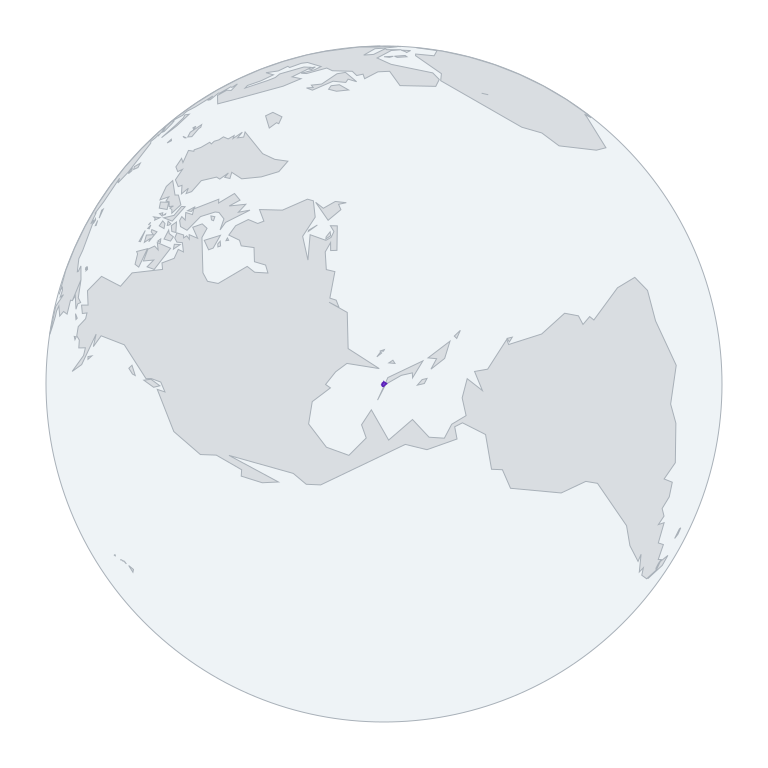 globe centered on Mayabeque, rotated 311°
{"feature_id": "CUB-5489", "entity_name": "Mayabeque", "entity_type": "Province", "adm_level": 1, "iso_a3": "CUB", "parent_name": "Cuba", "parent_adm1": "", "projection": "orthographic", "projection_center": [-81.981, 22.888], "detail": "fine", "context": "on_globe", "style": "filled", "palette": "violet", "viewbox_px": 768, "rotation_deg": 311, "n_neighbors": 0, "source": "natural_earth", "source_scale": "10m", "svg_char_len": 9995}
<svg xmlns="http://www.w3.org/2000/svg" viewBox="0 0 768 768"><g transform="rotate(311 384 384)"><circle cx="384" cy="384" r="338" fill="#eef3f6" stroke="#a8b0b8"/><path d="M406.2,468.7L398.1,465.4L390.4,475.2L362.6,459.5L352.4,439.7L266.3,402.4L257.3,391.1L257.0,374.2L228.4,313.8L240.8,368.6L229.6,356.9L220.8,336.7L225.9,332.8L220.3,304.1L210.3,291.7L210.2,256.6L231.2,216.4L234.3,223.9L239.0,214.3L235.4,204.7L231.9,200.9L243.2,162.3L234.8,138.9L221.5,140.1L232.8,134.0L200.3,143.1L188.9,140.4L208.4,138.6L215.4,134.9L211.0,130.0L217.3,125.2L218.8,120.5L226.7,115.6L237.5,116.0L242.8,113.2L239.3,110.1L245.1,104.0L249.4,108.9L259.9,99.0L279.9,100.2L284.9,121.0L302.6,121.0L325.2,141.7L329.7,137.0L341.2,143.2L350.6,140.4L352.1,146.0L358.4,139.1L355.2,134.6L356.9,130.3L362.2,128.6L365.0,135.0L362.8,136.9L366.4,137.9L365.5,142.1L368.9,139.0L371.7,147.7L376.8,136.8L385.6,141.8L385.4,148.3L375.1,150.5L349.1,174.4L345.7,183.4L351.1,192.9L383.0,203.6L383.5,213.1L391.6,223.6L396.1,216.6L391.3,206.0L401.7,196.4L394.6,185.6L397.7,180.6L394.6,169.2L406.1,168.2L419.1,173.7L422.3,183.4L428.1,186.5L434.0,175.6L448.6,193.3L473.3,205.0L475.9,210.5L464.8,222.6L442.1,225.7L427.6,245.3L448.2,230.3L454.3,245.9L460.0,247.9L466.2,246.2L468.3,239.7L472.7,245.0L454.0,260.8L449.7,256.2L455.7,250.9L445.1,253.0L432.5,265.4L436.6,273.2L413.3,286.8L415.9,292.9L412.3,299.8L409.7,288.9L413.9,309.3L387.2,333.7L392.5,370.3L375.2,342.5L361.5,339.5L345.3,340.2L345.9,346.1L323.6,341.4L304.4,353.3L298.5,382.0L307.1,404.3L331.6,406.0L338.5,393.8L356.2,391.4L344.7,424.3L375.9,428.8L373.4,452.9L382.7,465.1L398.0,461.5L414.0,466.7L424.8,452.1L442.6,443.3L443.6,462.6L452.9,444.1L463.2,452.5L498.1,447.4L495.6,452.2L525.2,470.2L555.9,473.9L563.0,486.0L559.5,495.1L569.8,495.0L570.0,500.4L609.8,497.1L629.0,503.3L627.5,521.5L609.8,547.5L589.8,592.3L556.9,613.5L545.9,630.0L515.7,655.5L496.1,657.7L499.0,666.0L486.0,673.3L472.5,675.6L468.0,682.0L457.9,683.3L463.1,686.4L444.0,695.3L446.1,700.2L431.5,706.1L433.3,708.4L428.8,708.8L423.4,710.1L422.0,711.5L409.3,710.0L408.8,704.0L415.5,700.3L409.6,700.0L424.2,689.7L416.8,692.1L423.3,675.7L436.2,660.0L449.1,610.3L442.9,600.2L418.0,589.2L388.3,547.9L397.0,529.6L390.2,521.1L412.5,493.8L406.2,468.7ZM77.2,318.0L79.5,310.4L79.7,316.6L77.2,318.0ZM79.8,304.9L79.2,307.6L79.5,305.1L79.8,304.9ZM79.3,302.5L79.7,304.2L79.0,303.0L79.3,302.5ZM78.3,300.2L79.0,301.1L78.8,301.3L78.3,300.2ZM391.4,382.7L427.0,398.2L407.4,401.5L411.0,398.1L401.9,391.4L385.0,385.5L367.6,389.7L391.4,382.7ZM77.9,294.4L77.9,292.7L78.7,292.9L77.9,294.4ZM405.9,361.9L399.8,360.8L405.7,360.4L405.9,361.9ZM229.3,200.2L234.7,205.1L235.6,216.0L230.4,212.3L229.3,200.2ZM228.5,181.1L232.8,181.5L227.2,190.7L226.5,187.6L228.5,181.1ZM210.5,142.6L213.6,145.1L208.4,144.4L210.5,142.6ZM217.6,120.8L214.7,121.7L216.7,119.0L217.6,120.8ZM388.5,170.7L391.5,170.0L390.5,172.5L388.5,170.7ZM384.3,166.7L381.0,170.1L378.5,168.7L380.6,166.7L384.3,166.7ZM230.6,109.2L234.7,105.0L232.4,109.3L230.6,109.2ZM388.9,163.0L374.5,165.9L370.2,163.6L374.5,154.1L388.9,163.0ZM238.3,102.5L248.1,93.1L242.5,94.1L263.9,86.9L248.5,96.7L246.5,101.6L243.5,100.3L238.3,102.5ZM351.9,134.1L355.5,138.7L347.6,136.6L351.9,134.1ZM346.4,133.9L319.7,135.4L317.0,128.3L326.5,128.9L319.0,121.7L330.9,117.4L337.6,120.4L337.0,125.6L342.0,120.1L346.4,133.9ZM274.1,84.8L278.1,83.0L276.0,85.1L274.1,84.8ZM356.9,128.5L351.8,129.1L349.1,122.9L358.9,120.5L356.6,123.2L356.9,128.5ZM311.3,122.2L311.0,117.6L320.5,112.7L321.7,110.4L330.9,116.7L311.3,122.2ZM359.9,123.8L364.0,119.6L370.1,121.1L361.8,127.5L359.9,123.8ZM344.2,122.4L343.4,119.5L347.1,120.3L344.2,122.4ZM394.0,125.2L387.8,125.4L385.9,122.1L394.0,125.2ZM365.1,118.0L362.9,117.5L361.5,116.4L365.3,114.2L365.1,118.0ZM337.0,113.1L341.0,112.3L333.7,110.2L340.5,107.0L345.4,112.0L346.1,108.5L348.2,107.5L349.9,112.8L337.0,113.1ZM364.9,108.7L373.5,114.9L385.2,114.7L387.3,117.6L368.0,117.3L364.9,108.7ZM355.9,110.6L361.9,110.0L361.4,113.4L357.0,116.0L355.9,110.6ZM343.3,103.1L331.6,106.8L330.9,105.6L343.3,103.1ZM368.4,107.9L366.2,106.5L369.3,107.5L368.4,107.9ZM351.1,103.7L347.1,105.0L346.4,103.6L351.1,103.7ZM365.3,102.8L368.1,104.7L365.2,106.3L365.3,102.8ZM358.9,102.6L359.0,100.5L362.5,105.8L357.2,103.4L358.9,102.6ZM351.2,102.2L349.5,101.8L353.0,101.8L351.2,102.2ZM374.7,95.9L379.8,102.3L373.4,105.8L369.3,99.0L374.7,95.9ZM429.6,713.0L410.0,710.8L421.4,711.8L431.3,709.0L440.9,710.7L429.6,713.0ZM458.1,704.7L468.4,702.0L470.2,702.3L463.5,704.4L458.1,704.7ZM636.6,159.5L631.9,154.5L623.1,145.2L636.6,159.5ZM600.7,124.7L600.3,124.4L595.9,120.8L598.2,123.0L618.3,140.8L622.2,144.4L633.6,157.5L641.1,165.1L647.3,172.8L636.8,163.0L631.1,157.2L618.9,152.9L625.9,159.9L637.9,165.0L638.1,166.7L647.7,177.8L640.5,170.7L625.5,164.9L629.9,179.6L650.8,216.7L650.1,225.9L642.6,227.8L619.7,200.3L623.7,183.1L615.6,174.6L601.7,169.1L604.1,164.9L598.9,161.0L599.2,154.9L586.6,139.6L584.9,133.5L567.5,121.9L564.2,117.6L575.5,125.4L582.3,128.2L576.5,115.4L571.8,111.2L560.9,105.1L560.7,103.0L550.9,98.8L541.5,90.7L544.8,97.7L532.2,92.3L519.7,85.1L516.2,85.0L536.5,97.0L544.0,100.9L549.6,101.9L570.7,115.6L575.4,121.5L555.5,113.1L560.0,121.1L542.6,112.5L498.4,83.0L486.3,74.7L492.6,69.0L502.6,72.6L505.3,76.1L514.3,76.5L508.0,74.6L507.8,73.4L495.7,69.2L495.0,68.2L484.6,66.4L482.4,64.7L489.0,65.9L469.1,59.7L461.1,56.5L457.0,55.7L454.8,55.8L446.1,52.5L443.4,52.1L445.2,53.0L441.1,53.1L430.4,52.4L428.0,51.2L431.5,51.3L435.3,50.5L445.1,51.8L443.0,51.3L433.9,50.0L429.3,50.9L423.5,50.9L424.3,49.9L423.6,50.3L419.9,50.0L414.1,48.9L412.6,50.0L376.1,52.0L361.1,51.3L365.8,49.4L337.7,52.9L323.0,53.9L324.7,54.3L312.4,57.7L316.9,57.3L316.7,57.9L287.1,69.0L278.3,71.5L267.5,78.9L268.4,79.4L274.3,77.8L263.9,86.9L242.5,94.1L241.6,92.4L228.8,99.0L228.5,94.6L222.5,94.7L229.6,87.4L224.2,89.0L219.7,91.5L209.0,96.4L202.2,99.2L227.1,85.3L241.2,83.5L237.1,82.7L243.8,79.8L245.9,77.9L242.6,78.2L238.6,80.1L260.9,69.3L283.7,61.3L306.9,55.0L330.5,50.3L354.4,47.4L378.4,46.1L402.5,46.6L426.5,48.8L450.3,52.6L473.7,58.2L496.7,65.4L519.0,74.2L540.8,84.6L561.7,96.6L581.7,109.9L600.7,124.7ZM721.2,361.8L720.7,357.0L720.8,365.7L719.2,358.4L718.5,362.2L707.9,396.5L699.8,390.9L678.6,359.9L677.0,338.4L668.2,319.5L650.1,227.8L655.9,223.7L652.5,192.4L653.8,191.4L664.6,206.5L670.4,205.3L660.0,189.3L659.0,187.7L673.7,210.0L686.5,233.5L697.5,257.9L706.5,283.1L713.5,308.9L718.4,335.2L721.2,361.8ZM667.5,266.9L670.7,272.9L667.5,266.9ZM499.2,447.0L503.5,450.1L498.0,451.0L499.2,447.0ZM405.0,409.9L412.4,409.9L416.4,412.8L410.8,414.1L405.0,409.9ZM466.3,405.6L474.6,406.4L466.1,409.0L466.3,405.6ZM432.6,400.1L459.6,405.7L443.1,413.0L426.0,409.7L437.6,407.1L432.6,400.1ZM403.1,373.8L407.8,375.1L406.7,378.8L403.1,373.8ZM410.2,361.7L408.5,362.1L406.0,359.2L410.2,361.7ZM455.4,244.9L457.0,243.8L463.5,243.5L460.9,246.5L455.4,244.9ZM489.8,227.5L496.1,236.6L489.8,231.8L487.3,237.1L470.9,234.4L476.3,213.2L476.8,222.9L489.8,227.5ZM450.5,226.2L460.3,229.4L449.4,226.8L450.5,226.2ZM570.1,148.8L574.4,148.4L580.6,154.0L582.7,164.4L573.8,156.1L570.1,148.8ZM579.1,146.9L558.8,137.2L556.6,131.3L561.3,136.1L561.9,133.1L569.5,140.2L587.3,145.0L593.9,150.5L594.2,165.0L590.5,156.9L586.5,157.3L579.1,146.9ZM510.7,131.5L501.9,129.5L508.7,118.7L516.1,121.9L518.7,131.7L511.4,133.8L510.7,131.5ZM399.3,146.6L395.4,148.2L394.7,146.1L397.3,143.1L399.3,146.6ZM391.3,125.6L415.1,138.1L412.0,140.4L429.7,146.2L428.3,154.7L416.8,150.4L429.0,161.8L418.1,161.4L427.3,168.8L402.0,158.4L392.7,159.2L403.6,154.9L405.2,146.9L403.0,143.7L390.0,135.7L370.8,134.5L369.3,127.2L373.3,122.5L377.7,121.6L377.3,126.4L383.4,121.9L386.2,128.3L391.3,125.6ZM421.5,83.2L419.2,87.0L432.0,83.2L434.9,87.8L436.2,87.1L442.4,90.6L452.1,93.9L451.9,96.2L455.8,96.6L459.9,99.2L465.2,100.7L466.7,105.6L473.2,107.9L470.2,109.0L481.1,111.9L473.7,112.0L478.3,116.1L483.1,113.8L478.2,141.3L481.9,154.2L489.1,165.3L475.3,165.3L459.8,155.5L445.5,142.0L443.9,130.2L438.0,132.9L435.5,128.2L441.2,128.1L430.9,125.6L430.3,121.9L417.6,112.7L403.0,112.6L397.9,109.7L403.4,107.9L394.6,106.4L401.4,101.2L398.0,99.2L401.3,92.6L413.8,91.1L409.0,89.0L411.3,84.5L421.5,83.2ZM376.0,94.1L390.3,90.1L398.9,91.1L389.5,102.3L391.7,104.9L386.0,113.1L373.7,111.8L376.4,109.5L376.3,107.0L380.2,108.3L376.9,105.4L380.6,102.3L379.1,99.4L384.1,98.8L376.0,94.1ZM649.0,183.6L648.8,181.9L647.2,177.9L653.1,185.3L649.0,183.6ZM639.2,179.7L638.2,176.8L645.8,184.4L646.0,186.6L639.2,179.7ZM631.0,169.3L637.5,176.1L634.1,173.8L631.0,169.3ZM573.8,122.9L571.9,120.0L574.2,121.1L578.3,124.2L573.8,122.9ZM460.1,76.2L457.5,77.3L455.3,76.6L444.6,76.7L441.7,73.8L446.9,72.6L460.1,76.2ZM648.0,173.1L649.8,175.5L648.2,173.5L647.4,172.4L648.0,173.1ZM455.1,73.0L451.1,73.3L452.1,71.7L455.1,73.0ZM438.9,71.8L439.0,69.8L440.1,73.5L438.9,71.8ZM424.0,54.5L442.2,56.9L453.3,58.0L456.4,57.1L459.8,60.0L442.6,58.2L424.0,54.5ZM382.2,52.1L379.6,53.8L375.5,53.2L375.6,52.7L382.2,52.1ZM384.3,53.0L390.8,55.2L385.9,56.3L381.7,54.3L384.3,53.0ZM423.6,62.2L429.2,62.9L428.2,64.0L423.6,62.2ZM276.0,82.6L277.9,82.9L274.1,83.9L276.0,82.6ZM319.5,57.7L318.7,58.7L314.3,59.4L319.5,57.7ZM314.1,62.2L319.6,60.6L314.8,62.7L314.1,62.2ZM331.8,57.4L322.3,60.2L330.0,56.9L331.8,57.4Z" fill="#d9dde1" stroke="#a8b0b8" stroke-width="1"/><path d="M383.4,382.2L383.5,382.2L383.8,382.2L384.0,382.3L384.5,382.4L384.8,382.4L385.6,382.4L385.6,382.5L385.6,382.8L385.6,383.0L385.6,382.9L385.5,383.0L385.4,383.2L385.3,383.3L385.4,383.5L385.5,383.5L385.6,383.8L385.6,384.0L385.6,384.4L385.7,384.5L385.8,384.5L385.8,384.8L386.0,385.0L386.1,385.5L385.9,385.7L385.9,385.8L385.7,385.8L385.5,385.7L385.4,385.6L385.2,385.5L385.0,385.4L384.6,385.2L384.4,385.2L383.9,385.3L383.4,385.4L383.2,385.3L382.8,385.2L382.4,385.2L382.2,385.2L381.9,385.2L381.7,384.9L381.5,384.7L381.4,384.5L381.4,384.3L381.5,384.1L381.5,383.9L381.5,383.6L381.8,383.6L382.0,383.5L382.3,383.5L382.5,383.5L382.6,383.4L382.8,383.2L382.7,383.0L382.7,382.9L382.8,382.9L382.7,382.8L382.8,382.8L383.0,382.7L383.3,382.9L383.4,382.7L383.5,382.5L383.4,382.4L383.4,382.2Z" fill="#8b5cf6" stroke="#5b21b6" stroke-width="1.5"/></g></svg>